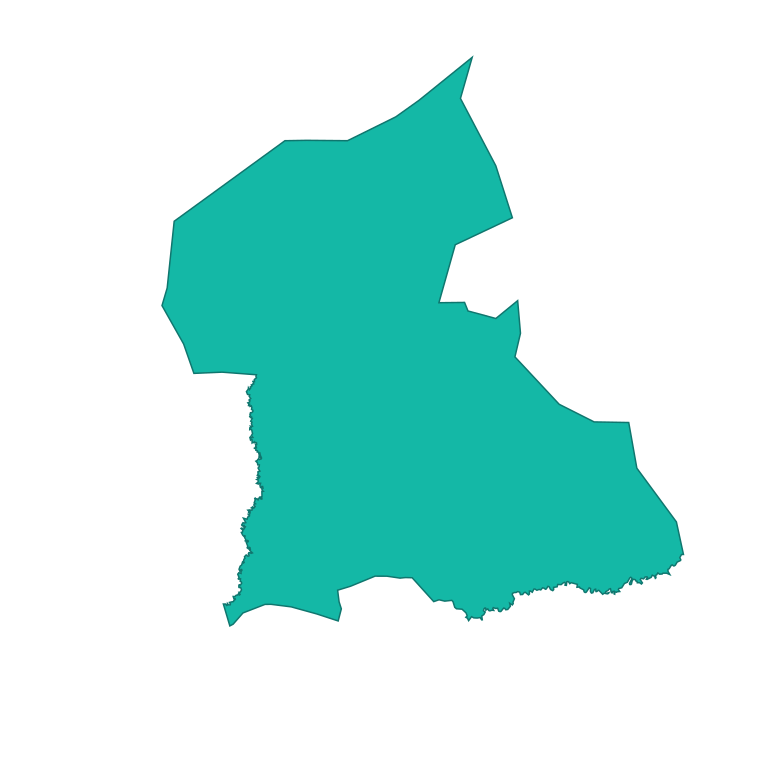 outline of Xongor, Darhan-Uul, Mongolia, rotated 250°
{"feature_id": "93677404B92664087509678", "entity_name": "Xongor", "entity_type": "district", "adm_level": 2, "iso_a3": "MNG", "parent_name": "Mongolia", "parent_adm1": "Darhan-Uul", "projection": "orthographic", "projection_center": [106.116, 49.386], "detail": "fine", "context": "isolated", "style": "filled", "palette": "teal", "viewbox_px": 768, "rotation_deg": 250, "n_neighbors": 0, "source": "geoboundaries", "source_scale": "gbopen_adm2", "svg_char_len": 6171}
<svg xmlns="http://www.w3.org/2000/svg" viewBox="0 0 768 768"><g transform="rotate(250 384 384)"><path d="M416.6,538.1L407.3,511.5L423.9,487.9L433.1,487.6L441.6,463.4L490.5,498.6L496.3,561.5L550.8,563.7L626.2,553.5L660.8,578.6L638.6,513.9L631.0,486.4L625.1,432.9L639.4,394.7L646.5,374.1L608.7,242.5L548.4,213.1L533.6,202.2L490.1,209.4L459.0,209.0L450.5,235.9L436.3,267.3L435.1,266.3L433.5,266.3L432.6,263.7L430.6,263.1L431.6,261.3L430.5,262.0L428.6,261.5L428.9,260.5L428.3,259.8L428.5,259.1L427.3,259.1L426.9,257.3L425.9,257.4L424.7,255.7L426.8,255.3L425.6,254.7L423.9,252.1L420.9,252.2L419.7,254.1L418.6,253.1L415.9,253.8L415.1,251.7L414.2,252.3L413.0,251.5L412.9,249.6L411.3,250.2L410.1,249.3L409.7,249.9L410.3,250.7L408.7,250.5L408.8,251.8L407.1,251.8L405.4,250.8L404.2,251.8L402.9,251.3L402.3,249.6L402.7,248.7L401.2,247.6L400.4,247.9L399.5,246.7L398.3,247.0L398.3,248.1L397.5,247.7L396.8,248.5L394.6,246.0L393.3,246.9L392.1,245.8L389.3,245.9L390.1,244.0L388.6,244.3L388.7,242.9L387.0,242.2L386.9,243.6L386.2,244.0L382.3,243.5L381.0,241.8L378.6,242.5L379.0,240.4L380.0,240.4L379.7,239.7L377.0,239.4L377.3,240.3L376.8,240.9L373.7,239.9L374.0,241.1L373.3,241.7L373.9,242.7L372.8,242.9L372.5,244.1L370.7,243.7L371.0,242.6L368.5,242.4L369.0,241.9L368.1,241.3L368.0,239.6L367.4,241.6L365.6,240.9L364.6,242.2L363.5,241.6L362.7,242.9L361.5,242.6L361.6,243.7L359.3,243.4L360.0,242.5L358.0,241.5L357.2,242.5L358.1,242.9L358.1,243.5L356.3,243.6L355.6,243.0L355.6,241.1L356.8,240.7L355.4,238.4L355.3,237.2L353.2,238.1L351.2,237.7L350.6,239.2L348.9,238.4L348.8,237.5L347.8,236.9L344.6,237.6L344.6,235.5L342.3,234.8L341.6,233.8L340.4,235.4L339.3,235.7L338.8,234.8L339.7,234.0L339.6,233.1L338.3,234.0L337.8,231.8L337.0,232.9L335.0,232.3L334.2,230.2L332.9,231.8L333.3,233.3L332.9,234.1L331.3,232.8L329.2,232.5L328.3,233.1L329.5,234.1L329.2,234.9L327.3,234.6L326.8,233.3L325.5,233.1L324.5,233.8L324.6,232.4L320.1,230.9L320.0,229.5L318.7,230.3L317.7,229.9L317.8,229.2L320.1,228.2L318.2,226.0L319.7,225.4L319.7,224.1L320.8,224.0L320.7,223.4L319.1,223.3L316.8,221.4L315.4,222.2L315.5,220.9L314.8,220.3L312.9,221.0L311.9,219.2L313.5,218.7L313.0,217.0L312.2,217.8L310.6,216.7L311.0,215.9L310.6,214.8L311.6,214.8L312.0,212.9L310.5,213.5L309.5,212.8L309.7,214.1L309.3,214.4L307.9,213.4L307.5,211.9L306.7,212.7L306.0,212.4L305.6,210.5L303.8,209.1L306.0,206.0L301.0,206.7L301.2,204.9L301.9,204.1L300.3,202.1L299.6,202.1L299.0,204.0L297.6,202.4L298.0,204.2L297.3,204.9L295.5,202.6L297.4,200.7L297.2,200.2L294.9,201.4L293.2,200.3L293.3,199.2L290.5,199.5L289.0,200.1L289.1,201.1L288.6,201.5L287.6,200.5L284.8,200.9L283.7,199.4L283.9,200.5L283.3,201.2L283.6,202.3L282.9,202.8L282.3,202.5L282.1,200.4L278.1,200.5L276.9,199.4L275.2,200.5L276.3,200.9L276.5,201.7L276.1,202.1L274.1,201.8L273.5,201.0L270.3,202.6L270.3,201.2L271.4,200.3L271.7,199.3L270.6,198.3L269.3,198.7L268.6,198.2L268.7,197.2L270.5,196.0L269.4,193.8L267.7,193.7L267.3,192.5L265.6,191.4L264.1,191.5L263.9,190.6L265.0,190.1L262.6,188.3L262.0,186.5L259.5,184.4L257.6,184.5L258.6,186.1L258.4,186.8L257.6,186.8L256.4,185.3L254.9,184.9L256.3,183.0L255.3,181.5L251.8,181.6L250.8,180.4L250.2,180.8L250.0,182.5L247.8,181.4L247.2,182.1L245.6,182.2L244.2,180.4L244.8,179.6L244.7,178.9L242.7,178.1L242.2,178.3L241.9,179.7L239.3,179.7L237.6,177.8L237.9,176.4L235.4,176.7L235.2,175.9L236.5,175.3L235.7,174.1L236.1,172.9L235.3,171.3L235.9,169.6L233.4,169.5L233.2,170.7L232.5,170.6L231.8,168.8L231.1,168.2L231.6,164.1L229.9,164.5L229.1,163.9L229.6,162.4L231.2,161.8L229.8,161.2L229.7,160.4L231.4,159.9L232.2,157.8L209.4,156.4L209.9,160.1L217.1,173.2L217.6,196.8L215.6,202.5L206.3,220.6L190.9,242.2L177.0,259.9L187.3,267.0L194.7,267.3L206.1,269.9L205.4,283.4L206.5,309.9L202.4,321.0L196.1,332.7L194.8,337.9L192.3,344.2L162.5,356.3L162.4,361.9L159.2,366.8L157.5,373.7L155.9,374.4L150.0,374.1L148.0,375.2L145.7,380.3L140.9,382.8L137.7,382.9L136.8,381.1L135.4,382.3L132.7,382.6L135.4,386.7L133.5,388.4L132.2,391.5L131.6,394.5L129.0,395.1L128.8,395.7L132.5,396.5L133.2,399.0L135.1,401.1L136.9,399.9L138.7,401.3L139.0,402.4L138.4,402.9L136.7,402.4L137.1,404.6L135.3,405.0L134.6,405.9L134.5,408.0L133.7,409.7L135.7,409.4L136.5,410.2L134.9,412.1L134.4,414.1L131.3,414.1L130.4,415.2L130.3,416.1L132.5,419.8L131.9,420.7L130.2,421.2L129.8,423.2L131.9,426.7L135.0,427.1L132.5,429.0L133.4,430.3L134.9,430.6L137.6,433.1L142.1,432.5L143.3,433.1L143.5,435.2L142.9,436.7L143.2,438.7L142.0,440.3L139.4,440.2L138.8,442.3L140.1,444.5L140.0,445.5L136.4,447.7L136.9,448.8L139.7,449.8L139.3,450.8L137.6,452.1L140.0,454.7L139.7,455.7L137.9,457.1L137.9,459.5L136.9,460.9L138.2,463.2L137.5,464.5L135.9,465.5L135.9,466.4L137.8,468.9L136.9,469.9L133.9,470.2L132.1,471.9L132.7,473.1L134.9,473.8L134.2,477.3L136.2,478.7L134.9,481.8L135.9,484.7L135.8,486.0L134.7,486.3L133.0,485.3L132.4,486.5L135.6,488.1L135.6,488.9L135.0,489.8L132.8,490.3L133.3,491.9L129.6,497.2L127.0,495.8L126.4,498.2L125.3,498.4L122.3,501.2L120.3,501.0L119.4,501.6L119.1,502.4L119.4,503.2L122.3,507.1L121.2,508.1L118.3,507.0L116.6,507.4L116.4,508.8L118.9,511.5L118.8,512.7L116.5,512.2L116.2,512.9L116.8,514.8L116.5,515.4L111.6,517.6L112.1,519.3L110.4,522.1L110.4,523.3L111.0,524.0L111.2,521.3L112.0,520.8L113.1,521.4L113.3,523.7L114.3,525.5L114.2,526.8L110.2,526.3L109.7,527.0L110.8,527.9L110.6,529.3L108.1,528.4L107.6,528.9L109.7,529.9L108.8,531.3L109.0,532.0L108.4,534.5L110.6,533.9L111.5,534.6L111.2,537.7L114.3,541.7L114.5,544.9L117.7,548.6L118.0,549.8L116.5,550.6L112.7,546.5L111.6,546.3L111.1,547.3L111.4,548.1L114.6,550.2L115.1,551.9L114.1,553.2L112.6,553.4L112.0,554.3L110.6,554.0L109.9,556.2L108.0,557.5L108.7,558.8L112.6,557.9L113.5,559.1L112.1,561.3L113.3,563.2L112.9,565.2L112.0,565.4L110.9,563.7L110.4,564.3L110.9,568.9L112.6,570.7L110.8,572.5L108.6,572.5L108.9,573.3L111.3,573.7L111.4,574.9L112.8,576.7L111.1,577.8L110.3,580.4L110.8,581.4L109.6,584.8L107.2,587.4L110.7,586.8L112.7,587.4L112.9,588.8L115.4,592.0L115.4,593.0L114.0,593.9L113.8,594.7L114.1,595.8L116.4,598.6L116.7,602.3L117.5,602.8L119.6,602.5L122.0,605.2L121.4,607.1L154.4,611.6L218.4,592.8L264.1,600.8L276.5,568.5L305.0,541.7L364.7,516.3L385.0,529.6L416.6,538.1Z" fill="#14b8a6" stroke="#0f766e" stroke-width="1.5"/></g></svg>